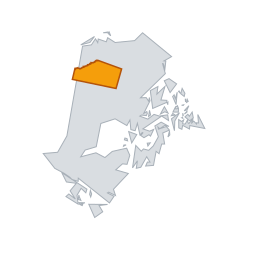 location of Alberta within Canada, rotated 107°
{"feature_id": "CAN-632", "entity_name": "Alberta", "entity_type": "Province", "adm_level": 1, "iso_a3": "CAN", "parent_name": "Canada", "parent_adm1": "", "projection": "orthographic", "projection_center": [-116.491, 54.496], "detail": "fine", "context": "in_parent", "style": "filled", "palette": "amber", "viewbox_px": 256, "rotation_deg": 107, "n_neighbors": 0, "source": "natural_earth", "source_scale": "10m", "svg_char_len": 5439}
<svg xmlns="http://www.w3.org/2000/svg" viewBox="0 0 256 256"><g transform="rotate(107 128 128)"><path d="M50.0,165.3L42.5,147.2L32.7,141.9L47.0,107.2L53.3,113.2L53.0,111.4L62.7,109.6L57.6,112.0L56.1,113.3L56.3,113.8L65.1,108.2L95.5,124.9L93.6,119.5L96.4,116.0L92.6,116.5L95.5,114.9L109.4,117.2L106.8,114.8L108.4,113.8L110.8,114.1L111.7,118.9L113.2,120.2L113.7,111.6L107.4,107.1L107.4,99.8L124.5,113.5L124.7,106.4L121.8,103.0L129.2,104.1L128.3,106.0L132.6,109.9L131.4,113.7L128.7,112.4L128.2,112.4L128.1,113.0L131.1,114.6L120.7,120.4L128.5,120.4L128.7,124.8L119.8,128.5L126.0,129.8L123.0,143.0L131.6,155.3L155.2,152.9L161.6,162.5L169.4,164.8L161.1,151.4L163.0,141.4L155.0,136.2L147.7,123.4L153.6,118.3L163.0,118.3L163.9,122.8L171.6,127.5L171.4,114.4L190.8,124.0L196.2,120.2L195.0,127.7L196.1,128.7L197.4,121.4L205.1,123.8L190.5,160.9L193.6,160.1L193.6,166.7L192.2,169.0L190.0,175.8L188.0,186.2L177.2,201.6L171.8,188.2L153.5,184.1L63.0,195.4L59.2,187.3L52.2,185.2L55.2,181.9L51.6,182.5L51.9,174.0L47.6,173.8L50.0,165.3ZM118.3,99.6L120.2,98.5L115.4,91.8L117.9,87.8L122.6,93.3L132.6,88.3L133.5,91.1L143.5,90.8L142.1,94.3L156.3,92.7L159.2,100.0L154.9,99.5L154.2,97.0L150.0,101.7L161.8,104.3L164.1,108.3L156.6,109.4L164.8,112.0L142.4,115.5L146.3,108.5L143.5,107.1L143.3,101.7L137.8,98.6L127.5,96.4L118.2,102.9L112.7,98.0L114.5,89.3L114.8,93.6L119.4,97.5L118.3,99.6ZM94.7,65.2L106.0,54.4L107.6,69.6L111.0,68.9L109.5,76.5L113.5,76.1L113.0,79.5L105.1,82.0L106.1,78.7L104.0,77.1L107.5,77.2L108.0,76.6L107.5,74.5L103.0,73.4L105.4,72.2L105.9,71.1L100.2,68.5L105.2,68.7L102.1,67.3L104.1,63.7L103.0,64.0L102.6,62.1L94.7,65.2ZM77.4,104.8L91.6,104.7L90.2,98.9L92.2,98.5L102.1,110.1L85.7,117.6L79.6,111.5L87.2,110.3L77.4,104.8ZM205.0,165.0L196.0,161.3L197.6,171.1L190.1,178.2L198.5,149.4L202.3,149.4L199.4,155.2L207.2,157.1L215.4,153.4L211.7,167.3L208.4,165.3L211.3,157.6L205.0,165.0ZM71.6,94.4L81.8,98.1L72.2,107.1L68.8,103.2L71.6,94.4ZM94.0,71.3L99.3,68.5L103.1,71.2L100.7,76.8L97.4,74.8L98.8,72.7L94.0,71.3ZM98.4,83.3L107.6,85.3L117.0,82.8L106.5,89.1L98.4,83.3ZM79.4,91.4L91.5,88.9L84.9,94.5L82.8,93.6L86.2,91.3L79.4,91.4ZM207.1,125.2L210.6,133.0L215.5,127.7L223.3,133.7L212.4,143.2L207.1,125.2ZM97.0,99.4L102.1,94.0L101.7,97.5L105.2,101.1L97.0,99.4ZM131.2,126.3L131.7,117.7L141.2,120.1L131.2,126.3ZM103.8,93.9L109.0,91.4L106.6,99.8L103.8,93.9ZM81.4,83.5L79.8,87.6L74.3,87.8L78.2,83.7L81.4,83.5ZM98.1,84.5L99.6,89.7L94.2,88.8L95.8,87.7L94.4,85.5L98.1,84.5ZM88.9,76.3L93.4,76.9L95.1,79.3L88.9,76.3ZM50.3,186.8L57.3,189.4L62.3,197.5L50.3,186.8ZM118.6,87.5L122.4,86.0L124.9,87.2L118.6,87.5ZM104.8,112.6L108.9,110.2L111.0,111.7L104.8,112.6ZM101.8,86.7L103.6,90.2L101.0,89.4L101.8,86.7ZM95.4,76.2L98.2,78.1L94.7,76.5L95.4,76.2ZM135.7,102.4L139.4,103.7L136.9,105.2L135.7,102.4ZM84.1,81.0L86.3,80.6L83.3,81.8L84.1,81.0ZM94.1,96.7L92.5,98.0L91.5,97.4L94.1,96.7ZM212.1,147.3L214.7,151.5L214.1,149.0L215.6,149.1L215.2,151.8L213.7,153.0L212.1,147.3ZM85.0,78.2L86.4,79.5L83.2,79.8L85.0,78.2ZM204.9,143.5L202.6,145.3L198.7,145.7L201.7,143.5L204.9,143.5ZM140.4,124.6L140.4,128.0L138.5,128.0L138.4,125.9L140.4,124.6ZM41.6,174.2L44.9,171.5L43.3,174.8L41.6,174.2ZM97.8,80.0L99.7,78.8L100.3,79.1L97.8,80.0ZM93.6,86.2L93.6,88.3L92.2,87.2L93.6,86.2ZM206.4,155.4L208.0,154.5L211.0,151.9L210.8,154.7L206.4,155.4ZM144.7,124.9L146.8,127.0L145.5,127.0L144.7,124.9ZM79.5,88.2L78.2,90.4L77.6,90.0L79.5,88.2ZM102.7,78.4L102.5,79.6L102.0,78.9L102.7,78.4ZM90.2,81.7L90.6,83.4L89.5,81.5L90.2,81.7ZM41.9,175.0L43.1,176.3L44.2,179.6L41.9,175.0Z" fill="#d9dde1" stroke="#a8b0b8" stroke-width="1"/><path d="M97.8,195.4L87.0,196.1L87.1,195.9L86.9,195.9L86.8,195.7L86.7,195.7L86.8,195.5L86.7,195.5L86.6,195.3L86.4,195.3L86.2,195.3L86.1,195.2L86.0,194.9L85.9,194.9L85.9,194.7L85.7,194.6L85.6,194.4L85.6,194.2L85.6,193.9L85.4,193.9L85.2,193.8L85.1,193.7L85.3,193.6L85.3,193.4L85.4,193.2L85.4,192.9L85.3,192.6L85.3,192.4L85.3,192.2L85.3,191.9L85.2,191.8L85.2,191.7L85.1,191.4L85.1,191.2L85.0,190.9L84.9,190.8L84.9,190.7L85.0,190.7L84.9,190.6L84.8,190.4L84.7,190.4L84.6,190.1L84.4,189.9L84.1,189.7L84.0,189.8L83.9,189.8L83.6,189.6L83.6,189.4L83.5,189.2L83.4,189.2L83.2,189.0L83.1,188.9L82.9,188.8L82.9,188.7L82.7,188.7L82.9,188.5L82.8,188.4L82.8,188.2L82.7,188.2L82.4,187.9L82.3,187.7L82.0,187.7L81.9,187.6L81.7,187.5L81.7,187.4L81.7,187.2L81.4,187.0L81.4,186.9L81.2,186.9L81.1,186.7L81.0,186.4L81.0,186.2L80.9,186.1L80.8,185.9L80.7,185.8L80.6,185.7L80.4,185.5L80.3,185.4L80.3,185.2L80.2,185.1L80.1,184.9L79.9,184.9L79.8,185.0L79.7,185.1L79.4,185.2L79.3,184.8L79.3,184.7L79.2,184.7L79.2,184.4L79.0,184.2L78.9,184.1L78.7,183.9L78.6,183.7L78.5,183.4L78.4,183.3L78.3,183.5L78.2,183.5L78.0,183.4L77.9,183.5L77.7,183.4L77.6,183.2L77.4,183.2L77.2,182.9L77.3,182.8L77.4,182.7L77.5,182.6L77.5,182.4L77.4,182.4L77.1,182.3L77.0,182.2L76.9,182.1L76.7,182.1L76.7,182.3L76.4,182.4L76.3,182.5L76.2,182.5L76.2,182.4L76.2,182.2L76.3,182.1L76.2,182.0L76.2,181.9L76.1,181.7L76.0,181.4L76.1,181.2L76.0,180.9L75.9,180.9L75.8,180.7L75.7,180.5L75.7,180.4L75.4,180.4L75.3,180.2L75.2,180.0L75.2,179.9L75.2,179.7L75.0,179.4L74.8,179.1L74.7,179.1L74.5,178.9L74.4,178.9L74.4,179.0L74.4,179.3L74.2,179.2L73.9,179.1L73.7,178.9L73.6,178.7L73.5,178.4L73.4,178.3L73.2,178.3L72.9,178.4L72.7,178.2L72.6,177.9L72.5,177.7L72.4,177.7L72.3,177.4L72.6,177.3L72.7,177.2L72.6,176.9L72.5,177.0L72.4,176.9L72.4,176.7L72.2,176.6L72.1,176.4L73.4,151.4L93.7,151.0L97.8,195.4Z" fill="#f59e0b" stroke="#b45309" stroke-width="1.5"/></g></svg>